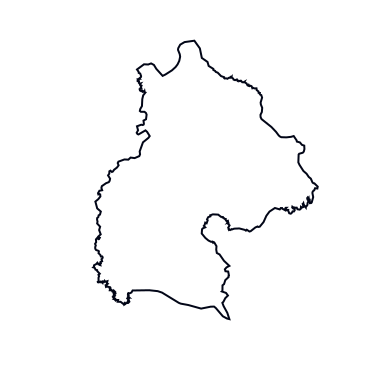 Mueang Kalasin, Kalasin, Thailand, rotated 30°
{"feature_id": "78962969B94633890836153", "entity_name": "Mueang Kalasin", "entity_type": "district", "adm_level": 2, "iso_a3": "THA", "parent_name": "Thailand", "parent_adm1": "Kalasin", "projection": "orthographic", "projection_center": [103.542, 16.504], "detail": "fine", "context": "isolated", "style": "outline", "palette": "ink", "viewbox_px": 384, "rotation_deg": 30, "n_neighbors": 0, "source": "geoboundaries", "source_scale": "gbopen_adm2", "svg_char_len": 6031}
<svg xmlns="http://www.w3.org/2000/svg" viewBox="0 0 384 384"><g transform="rotate(30 192 192)"><path d="M297.5,142.2L296.5,140.8L295.8,140.8L294.8,139.7L294.9,139.0L296.1,139.8L296.1,138.9L296.9,139.9L297.7,139.7L299.7,142.7L300.7,142.0L300.9,141.2L299.5,135.8L296.8,132.7L296.4,131.8L296.5,130.1L297.0,129.5L296.7,127.2L298.8,126.3L298.2,124.5L293.6,123.3L292.8,123.7L291.6,123.5L288.2,121.0L285.6,120.6L282.1,118.9L278.0,118.1L271.6,114.8L269.3,113.2L265.6,106.2L265.7,105.3L268.3,102.6L268.6,101.1L267.9,98.6L266.0,95.7L263.6,96.2L260.7,95.1L257.6,95.9L256.8,95.0L252.1,92.7L250.2,94.7L246.4,97.5L241.9,99.9L240.6,100.0L238.9,99.7L234.7,97.9L228.3,96.0L215.8,94.1L214.0,92.9L212.7,90.9L212.5,87.8L210.7,84.0L207.9,81.8L206.7,80.2L205.5,75.2L203.5,73.4L202.6,73.6L201.5,73.1L201.2,72.3L200.1,72.8L199.3,71.7L197.1,71.4L196.0,70.0L194.2,71.1L192.3,71.3L192.2,71.8L190.7,70.6L189.6,70.7L188.9,71.5L187.7,70.9L187.7,71.8L186.8,71.9L184.9,70.7L182.3,70.7L182.3,70.3L181.7,71.3L180.6,71.8L179.0,71.2L178.5,71.7L178.3,71.5L177.7,72.1L176.0,72.5L176.2,73.0L175.8,73.0L174.6,72.1L173.4,73.6L171.8,73.9L171.0,73.2L169.0,73.0L168.7,72.4L168.5,73.3L167.8,73.2L167.8,74.1L166.7,74.8L166.1,76.2L164.7,76.5L163.5,77.4L162.9,77.3L162.4,76.5L159.2,77.1L154.6,75.8L152.5,76.1L151.5,75.6L149.4,75.6L148.9,74.7L143.4,74.5L140.4,71.6L133.5,71.0L127.0,63.7L118.4,59.8L110.6,65.9L108.1,70.3L108.2,74.4L108.8,75.9L112.5,78.8L114.1,80.8L115.4,84.8L115.7,88.7L115.3,92.0L113.8,96.7L110.2,103.6L108.5,106.1L99.5,103.2L95.5,101.0L92.3,101.1L90.3,103.5L86.6,105.4L83.1,113.4L85.7,114.6L86.3,115.5L87.9,115.3L90.0,117.1L90.3,118.0L89.6,119.9L90.3,120.1L88.7,121.4L89.4,121.8L89.0,122.4L89.5,123.2L90.8,122.7L91.5,124.1L92.6,124.3L93.2,123.7L93.0,124.8L93.7,125.4L94.9,125.7L94.5,125.1L95.1,125.1L95.4,127.5L96.0,127.6L95.2,129.1L96.2,130.1L97.5,130.1L97.7,129.3L98.1,129.8L98.7,129.3L99.2,129.7L99.5,129.1L100.7,129.4L100.6,128.6L101.2,129.3L101.9,129.2L101.4,132.7L102.5,136.4L105.7,142.6L105.7,146.0L106.3,147.9L107.6,148.1L110.7,146.3L112.6,146.6L114.0,147.7L115.8,152.0L114.3,154.4L116.3,157.1L116.4,157.8L115.9,158.6L114.4,159.1L111.5,162.6L114.4,165.5L114.5,168.4L115.9,169.1L116.9,168.9L120.9,161.9L123.1,162.4L127.4,164.7L127.2,166.9L124.7,173.5L126.4,183.0L128.2,185.4L128.4,187.3L125.4,191.3L121.6,192.9L120.7,195.8L117.2,197.6L113.1,202.5L113.2,204.1L115.1,205.6L114.8,208.3L113.4,211.7L113.2,213.9L112.6,214.7L110.7,214.3L110.1,215.4L111.2,217.5L111.0,219.6L114.4,221.4L115.1,223.5L115.0,225.1L113.2,227.3L111.0,232.0L111.5,233.8L113.3,235.4L111.2,237.2L111.2,240.0L112.1,240.9L112.8,240.0L113.7,240.0L114.9,241.7L114.4,245.1L113.1,248.6L118.1,253.6L122.8,254.5L123.6,257.6L122.8,258.9L123.4,260.5L122.9,262.0L123.6,263.4L125.0,264.9L125.6,266.7L129.8,268.0L130.6,271.4L134.1,274.3L133.1,277.4L133.6,277.8L135.0,277.7L135.0,279.3L134.5,279.7L132.9,279.1L132.5,281.1L134.1,283.4L134.0,285.4L135.4,286.4L135.7,288.1L136.6,289.5L137.9,290.2L140.6,289.7L141.2,290.2L141.6,291.7L144.2,292.4L145.3,293.4L146.5,292.7L147.3,293.2L147.6,294.4L147.2,295.5L148.8,296.9L147.8,298.3L148.8,299.4L148.1,300.4L149.1,301.2L148.3,301.4L147.4,300.5L146.8,301.3L145.4,300.6L145.2,302.1L143.8,304.5L144.5,305.6L144.2,306.6L145.6,306.3L147.3,307.5L148.9,307.1L149.5,307.9L153.0,308.9L152.4,310.5L153.6,311.3L153.9,313.0L155.8,316.1L155.3,316.9L155.6,317.2L156.5,316.9L157.5,315.4L158.4,315.7L158.7,314.9L160.1,315.4L159.7,313.9L160.8,313.8L160.7,312.6L161.9,313.0L163.3,311.5L163.9,313.5L164.9,313.6L164.5,314.5L164.9,315.8L164.1,315.5L163.8,315.9L165.0,317.2L165.6,316.4L168.8,315.4L169.1,315.6L169.0,316.6L170.3,316.8L169.7,317.6L169.9,318.2L171.5,317.3L172.7,317.9L173.1,316.9L173.7,317.1L174.4,318.3L175.5,317.7L174.8,316.8L175.6,317.0L176.1,317.9L175.1,319.2L175.6,319.6L176.2,319.3L175.9,320.3L177.1,320.4L176.9,321.4L176.1,321.6L175.9,322.4L177.4,322.9L178.2,322.8L177.8,323.8L179.8,323.4L179.6,324.0L180.2,324.2L180.6,323.3L182.0,322.5L182.5,324.2L185.1,322.8L188.7,323.3L189.0,322.3L189.7,323.4L190.3,322.3L190.0,321.5L192.2,320.0L192.6,318.3L191.7,317.6L191.0,318.4L190.8,316.6L190.3,316.9L189.1,316.5L189.4,314.8L190.1,314.6L188.7,314.2L188.8,313.3L187.9,313.1L187.3,311.8L187.5,311.3L188.5,311.2L189.8,309.3L189.8,307.0L204.0,298.5L211.9,295.0L216.3,294.1L236.1,294.6L238.1,294.3L245.4,291.7L258.2,288.4L265.5,282.0L268.4,280.2L270.7,280.6L280.8,284.2L285.5,284.1L287.9,283.4L283.0,279.0L276.4,275.0L273.7,272.8L274.1,271.4L273.9,267.3L274.9,263.7L271.9,262.4L267.6,263.2L267.8,262.6L267.4,261.7L265.1,257.6L265.8,255.7L264.9,251.7L266.2,247.4L265.6,246.6L265.8,245.9L263.1,242.8L260.6,243.9L259.1,242.5L259.6,240.0L261.3,237.3L254.1,235.6L247.1,232.3L244.0,232.4L241.8,229.8L240.3,226.7L236.6,224.6L235.9,224.5L235.6,225.4L234.4,224.8L233.5,225.6L230.5,225.8L226.5,225.1L221.2,223.1L219.3,219.2L219.7,217.8L221.1,216.0L219.2,215.4L219.4,214.2L218.8,211.9L220.3,211.8L219.7,208.6L218.7,208.2L218.6,205.7L220.1,203.9L219.4,203.1L221.3,200.9L226.0,198.5L229.5,199.0L231.2,198.3L231.4,198.8L232.8,198.6L233.5,199.0L234.7,198.5L235.2,199.4L236.6,200.0L237.5,199.0L238.3,200.0L238.2,200.7L238.6,200.2L239.2,200.7L239.1,201.5L241.2,202.1L241.2,204.8L242.9,205.8L242.6,206.1L243.0,206.4L243.4,205.7L244.1,205.8L244.9,204.4L245.3,204.5L246.8,202.7L251.2,199.9L256.7,198.4L258.0,198.5L258.3,197.3L261.5,197.5L262.4,196.6L264.6,191.0L266.0,189.1L266.8,189.2L268.0,188.2L269.0,182.3L268.3,175.4L268.9,170.2L271.8,164.4L276.7,163.2L276.9,161.5L278.0,160.9L278.3,161.3L282.4,161.2L282.4,160.5L281.0,159.5L281.0,158.9L281.5,158.6L281.3,159.2L281.7,159.8L283.1,160.1L284.0,159.6L284.0,160.1L284.9,160.2L286.8,161.8L288.4,161.4L288.9,159.9L288.8,158.5L290.0,157.9L290.1,156.5L289.5,155.7L287.5,155.5L287.1,155.2L286.6,155.3L286.5,155.1L286.7,154.8L286.4,154.9L286.3,154.6L286.8,154.7L287.5,155.5L290.5,153.2L292.0,154.2L294.1,153.4L294.6,152.0L293.8,150.4L295.0,150.5L296.0,149.2L293.9,147.0L294.4,146.5L294.1,146.3L294.1,146.1L294.9,147.0L298.3,148.5L297.8,147.4L298.3,146.9L298.4,145.4L297.6,143.8L297.5,142.2Z" fill="none" stroke="#020617" stroke-width="2"/></g></svg>